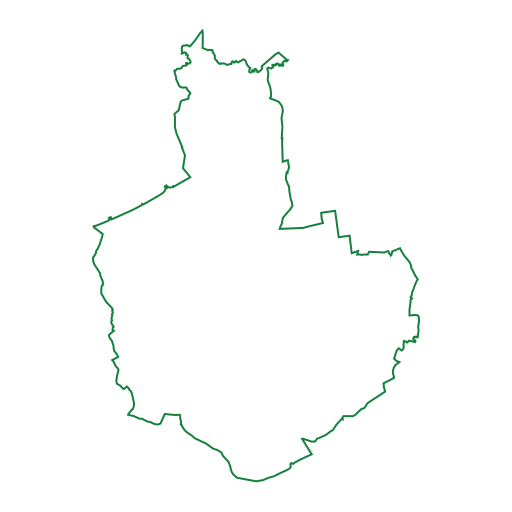 outline of Tauteu, Bihor, Romania
{"feature_id": "2599482B27968189683607", "entity_name": "Tauteu", "entity_type": "district", "adm_level": 2, "iso_a3": "ROU", "parent_name": "Romania", "parent_adm1": "Bihor", "projection": "mercator", "projection_center": [22.342, 47.279], "detail": "fine", "context": "isolated", "style": "outline", "palette": "green", "viewbox_px": 512, "rotation_deg": 0, "n_neighbors": 0, "source": "geoboundaries", "source_scale": "gbopen_adm2", "svg_char_len": 5952}
<svg xmlns="http://www.w3.org/2000/svg" viewBox="0 0 512 512"><path d="M417.7,279.4L417.1,278.2L415.3,275.8L412.2,269.4L411.2,267.8L411.0,265.3L409.6,262.2L404.0,255.4L400.9,250.1L400.0,248.2L392.3,251.4L391.5,254.8L390.7,255.5L390.4,254.3L389.2,253.6L388.5,251.3L387.5,251.2L384.5,252.5L369.1,251.8L367.8,254.5L363.7,254.5L362.2,254.9L358.6,254.4L357.2,254.6L358.1,251.0L351.7,253.2L349.6,235.7L338.7,237.2L335.1,210.8L321.2,212.8L321.7,218.8L323.0,223.0L306.2,227.0L303.6,227.9L279.7,228.9L280.1,227.4L281.9,223.5L282.7,218.5L283.1,217.6L287.9,211.9L289.7,210.1L292.4,206.0L291.9,202.3L290.8,199.6L289.2,190.3L289.2,187.6L288.9,186.3L287.6,183.8L287.0,181.8L285.9,179.7L286.0,176.3L286.6,172.7L287.5,172.9L287.5,171.5L288.5,169.6L289.1,166.8L288.5,164.7L288.0,161.0L287.8,160.1L282.7,161.7L282.1,142.0L282.4,138.3L281.7,138.3L282.4,126.7L281.5,118.2L282.8,111.0L282.7,109.3L281.9,106.1L279.4,102.5L278.3,101.6L276.0,100.5L270.0,98.3L271.0,96.5L271.1,95.4L270.7,89.8L270.0,86.6L267.9,81.0L267.7,79.8L268.3,73.1L267.5,69.4L267.2,69.1L267.6,68.0L268.2,67.6L271.2,68.5L271.7,67.8L273.0,67.5L273.5,66.2L272.3,65.3L272.5,64.8L274.5,64.8L275.3,65.2L276.4,64.9L276.5,64.5L276.2,63.9L276.6,63.5L277.9,63.6L278.4,63.9L278.9,65.2L279.5,65.9L280.0,65.8L280.4,64.5L281.0,64.5L281.9,65.0L282.3,65.9L282.8,65.8L283.3,65.4L282.5,63.1L282.8,62.3L284.3,61.5L284.4,60.8L285.2,60.6L286.7,61.4L287.9,60.2L287.0,59.9L278.5,52.6L275.4,54.4L261.8,66.2L261.6,66.9L262.2,68.3L262.0,69.1L258.8,71.9L257.9,72.2L257.4,72.1L256.7,70.1L255.8,69.0L255.0,69.0L254.6,69.6L254.6,70.8L254.3,71.6L253.7,71.6L253.0,70.2L252.6,70.1L252.2,70.3L252.0,71.6L251.5,72.4L249.6,72.3L249.3,72.0L249.2,71.4L249.3,69.9L250.3,68.0L249.5,67.6L247.5,65.4L246.8,64.3L246.2,62.3L245.3,60.5L244.6,59.8L243.7,59.4L243.0,59.4L241.2,60.8L239.9,61.2L238.5,62.4L237.2,62.3L236.4,61.1L235.5,61.2L234.4,62.6L233.9,62.6L232.8,61.4L231.7,61.9L231.4,63.9L228.9,64.2L228.1,64.7L227.2,64.9L224.4,63.5L223.3,63.4L222.3,63.7L221.0,63.3L220.1,63.9L219.5,63.9L217.2,61.7L217.1,60.7L216.3,60.4L214.8,58.6L214.9,55.8L213.5,53.1L212.8,52.5L212.6,52.0L212.6,50.4L211.8,50.0L209.1,49.9L207.8,50.1L202.6,48.0L202.8,37.5L202.7,32.5L202.4,30.7L200.0,33.3L195.4,40.0L190.1,46.3L189.3,46.4L187.1,45.0L185.4,45.5L183.2,45.6L182.1,46.6L181.7,48.9L182.2,52.0L181.7,53.6L180.8,53.9L182.4,53.5L184.4,52.4L185.9,52.8L185.8,53.8L186.0,54.6L187.5,54.6L187.9,55.4L187.6,56.4L187.5,58.0L188.0,58.6L189.4,59.3L190.6,61.7L190.4,62.7L189.7,63.4L188.4,63.7L187.0,62.9L186.1,63.0L186.0,63.7L186.7,65.0L186.5,65.5L183.4,65.8L182.5,66.2L181.2,68.4L176.9,69.0L175.3,70.8L174.5,70.6L174.4,71.4L176.0,77.2L176.3,79.5L179.1,85.8L179.8,86.6L182.2,87.6L185.9,87.4L186.8,88.1L187.1,89.2L187.9,90.4L190.4,93.1L188.6,95.9L188.4,98.7L183.6,100.0L181.1,101.0L180.6,102.1L179.6,106.1L179.3,108.3L178.5,110.6L178.0,111.2L177.3,111.4L174.4,114.1L175.0,117.0L174.9,127.3L176.6,133.8L182.3,147.3L181.9,147.5L185.0,155.4L183.0,168.2L190.3,177.2L174.0,186.5L173.5,186.0L173.2,186.2L173.5,186.8L172.7,187.2L170.7,187.5L168.5,187.2L167.2,187.9L166.9,187.4L167.4,187.0L166.5,185.4L164.8,186.4L165.8,188.0L166.4,187.7L166.7,188.1L165.4,189.0L164.6,191.1L163.2,192.7L159.5,195.2L144.5,203.8L142.9,204.5L142.0,204.0L141.8,205.0L141.3,205.4L132.1,210.2L111.5,219.4L111.2,219.0L111.4,218.9L110.7,217.1L108.9,217.9L109.7,219.6L108.0,220.9L96.2,225.7L93.7,226.2L93.7,227.2L102.7,234.0L102.2,236.5L99.6,244.7L97.8,248.5L96.2,250.8L95.9,252.7L95.5,254.0L93.0,257.8L93.1,260.7L94.2,264.1L100.2,273.5L100.3,275.7L102.7,281.0L102.7,282.6L103.2,284.5L101.7,285.8L101.3,288.7L101.3,293.5L106.1,301.8L112.3,308.3L112.1,309.0L112.6,309.4L112.7,310.4L112.4,310.6L112.3,311.4L112.8,312.4L112.6,313.2L111.9,314.3L111.9,314.6L112.3,314.8L112.3,315.4L111.5,317.9L111.6,319.1L111.9,319.6L112.0,320.6L111.4,321.1L111.3,322.0L111.4,323.1L112.6,325.4L113.5,326.0L113.6,327.0L112.8,327.7L112.5,330.0L113.8,330.8L109.6,334.3L108.9,335.2L109.6,337.8L112.1,341.2L112.4,342.8L113.3,345.0L113.8,349.2L114.2,350.8L116.5,353.7L118.2,356.9L112.2,360.1L113.6,361.8L116.1,366.6L117.9,368.5L118.4,369.8L118.4,370.6L117.1,375.6L116.3,380.6L116.5,382.0L116.9,383.7L120.7,385.9L121.8,387.5L123.6,389.1L126.0,387.4L126.9,386.5L129.0,388.7L129.3,389.8L130.6,390.7L131.0,391.3L132.0,393.9L134.0,402.8L133.9,405.8L133.0,408.8L132.3,409.2L128.4,413.9L128.2,414.8L133.8,416.1L139.6,418.7L142.5,418.8L143.5,419.6L148.0,421.7L150.3,421.9L152.0,423.0L155.1,424.2L158.1,424.5L160.5,423.5L164.8,414.0L175.2,415.0L179.9,414.8L180.3,418.8L181.1,421.3L180.9,423.0L181.4,424.4L181.0,424.5L184.7,430.3L187.9,433.0L192.0,435.7L194.5,438.1L206.3,443.7L213.0,448.6L217.1,449.9L221.2,452.3L223.1,456.0L228.3,461.6L230.1,465.9L231.0,469.9L231.8,472.1L233.4,474.5L237.1,477.8L256.4,481.3L263.1,480.1L268.8,477.7L273.9,476.3L281.3,472.6L286.9,470.1L289.6,468.4L290.7,467.0L290.4,464.2L290.8,463.4L291.8,463.1L292.3,463.7L293.3,463.8L294.4,462.8L300.0,459.7L311.7,454.3L302.1,438.8L302.9,438.7L311.6,441.6L314.8,441.6L317.1,438.8L323.9,435.9L326.9,434.2L331.0,431.0L332.7,430.4L336.4,424.7L341.4,419.3L342.2,418.9L342.7,419.2L342.6,418.4L342.2,418.1L343.4,416.1L353.2,416.1L356.2,414.2L358.1,412.0L361.3,409.1L364.3,408.1L366.6,404.6L367.9,402.9L385.1,391.6L383.8,386.6L383.6,383.3L393.9,378.0L393.7,377.0L394.0,376.8L392.9,373.0L393.0,370.6L393.8,367.6L395.6,364.9L399.4,362.1L395.9,360.6L394.5,358.7L394.1,358.6L396.8,350.3L397.6,349.7L398.8,348.3L401.7,350.5L403.3,349.0L403.8,347.0L403.4,345.7L403.9,343.5L403.6,342.6L403.9,341.0L406.2,341.6L406.6,342.2L407.4,342.5L408.9,340.7L413.0,341.5L414.9,342.2L415.5,341.4L414.8,340.5L414.7,340.0L413.5,339.3L413.1,338.6L413.8,337.7L413.9,337.1L414.8,336.9L416.0,337.3L416.2,336.6L417.7,337.2L418.6,330.4L418.2,327.1L418.5,324.1L419.0,322.1L418.9,317.5L418.0,315.4L414.8,315.0L409.5,315.5L409.5,314.7L409.5,309.4L410.6,301.6L410.6,299.5L412.0,298.6L410.6,297.2L411.4,296.2L412.3,291.9L413.5,289.2L414.9,285.0L416.7,281.0L417.7,279.4Z" fill="none" stroke="#15803d" stroke-width="2"/></svg>